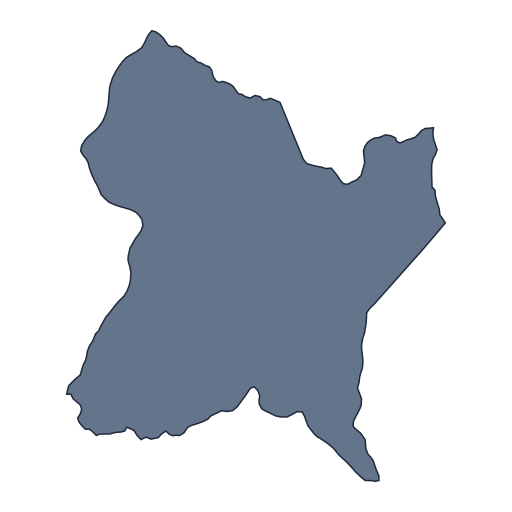 the district of Mirabela, Minas Gerais, Brazil
{"feature_id": "56859067B89998695368113", "entity_name": "Mirabela", "entity_type": "district", "adm_level": 2, "iso_a3": "BRA", "parent_name": "Brazil", "parent_adm1": "Minas Gerais", "projection": "natural_earth1", "projection_center": [-44.162, -16.258], "detail": "fine", "context": "isolated", "style": "filled", "palette": "slate", "viewbox_px": 512, "rotation_deg": 0, "n_neighbors": 0, "source": "geoboundaries", "source_scale": "gbopen_adm2", "svg_char_len": 3734}
<svg xmlns="http://www.w3.org/2000/svg" viewBox="0 0 512 512"><path d="M66.7,394.3L70.8,394.1L73.2,398.8L77.3,402.4L80.4,405.1L81.7,409.2L80.2,414.1L77.7,417.9L78.8,421.7L81.5,425.3L85.3,429.2L89.3,429.1L92.7,431.8L96.3,435.5L99.7,434.1L103.8,434.0L109.7,434.0L116.0,432.3L120.8,432.1L124.9,430.9L126.5,427.3L130.7,428.8L134.3,430.9L137.0,435.3L141.0,439.6L146.0,437.1L151.0,439.1L154.9,438.3L158.4,437.5L161.4,434.1L165.9,431.0L169.3,434.3L172.7,435.7L176.0,435.3L179.6,435.5L184.0,432.8L187.7,427.3L191.4,425.4L195.9,424.1L202.2,421.9L207.8,419.2L210.5,416.2L213.6,414.5L217.4,412.8L221.6,410.7L226.8,411.5L232.5,410.7L236.9,407.1L240.1,402.9L242.7,399.2L245.2,396.0L248.1,391.6L250.6,388.1L254.3,386.9L257.9,390.7L259.7,395.8L259.0,400.3L259.4,404.5L261.9,409.0L266.0,411.3L269.5,412.8L272.7,414.5L276.0,416.0L281.1,417.0L287.2,416.9L292.4,414.3L297.0,411.7L302.2,412.0L304.6,416.4L306.2,421.1L308.2,426.1L311.6,430.6L314.2,433.8L317.3,436.8L320.6,438.7L323.5,440.6L326.9,442.9L330.6,445.8L333.5,448.3L336.2,451.6L338.9,454.9L342.5,458.3L346.3,461.7L349.0,464.6L352.1,467.9L355.0,471.3L358.2,474.4L361.3,477.4L365.2,480.5L371.5,480.6L375.2,481.3L379.0,480.5L378.8,475.7L376.6,470.6L374.9,465.9L373.4,461.1L371.1,457.6L368.0,454.2L365.8,448.5L365.2,439.8L360.9,433.4L356.3,429.6L353.3,426.6L353.2,422.2L354.8,418.5L356.9,414.5L359.0,410.5L361.1,405.8L361.5,398.8L359.8,394.1L357.5,388.0L359.1,382.2L359.7,376.9L360.7,372.9L362.1,369.1L362.8,364.4L362.8,359.2L362.2,353.7L361.6,348.9L361.6,344.4L362.8,338.0L364.7,332.5L365.2,328.6L366.2,322.5L366.7,312.7L369.6,308.5L374.1,304.2L423.4,248.8L445.3,223.0L442.9,219.1L439.9,215.0L439.2,209.0L437.0,201.8L435.4,196.1L435.1,190.6L432.0,186.8L431.8,179.3L431.6,172.0L431.7,164.8L433.0,158.7L435.5,154.4L437.1,149.8L435.4,144.6L433.7,139.5L432.8,133.4L433.5,127.7L429.5,128.2L425.1,128.5L421.1,130.9L418.7,133.8L415.1,137.3L410.9,138.8L407.1,139.8L403.7,141.4L400.2,142.9L397.0,141.7L395.3,137.8L390.8,135.7L385.7,134.9L382.2,136.2L378.6,137.6L374.5,138.0L370.3,140.2L367.0,143.1L364.9,146.5L363.5,150.6L363.8,154.9L364.4,158.9L364.6,162.9L363.1,168.6L361.1,175.4L356.9,179.7L351.6,182.1L347.8,184.2L343.6,183.8L340.3,180.3L338.2,176.9L335.1,172.7L331.2,168.1L326.1,168.6L321.7,167.2L316.9,166.3L312.3,165.3L306.7,163.5L303.3,159.3L280.0,102.4L275.2,100.3L270.4,98.3L266.8,99.6L263.3,100.0L259.9,96.6L255.0,95.5L250.1,98.1L245.2,96.6L242.2,94.5L238.2,93.6L235.7,90.1L233.2,86.4L230.4,84.3L226.5,82.6L222.4,81.4L218.9,82.6L215.6,80.5L213.1,76.3L211.8,70.5L209.3,66.7L205.5,65.6L201.3,63.1L196.9,61.8L194.3,58.6L190.2,56.1L184.8,52.8L180.7,48.0L176.0,46.0L171.6,46.7L168.4,45.4L166.0,42.2L163.5,38.3L160.1,34.9L156.1,32.0L151.9,30.7L148.8,34.2L146.8,37.8L144.7,42.6L141.5,47.9L136.4,51.6L131.0,54.6L126.1,57.7L122.6,61.5L119.7,65.4L116.0,71.1L112.5,77.9L110.7,83.3L109.6,87.9L109.1,93.5L108.6,100.3L108.0,105.8L106.7,111.0L104.8,116.7L102.6,121.5L100.3,124.7L97.5,128.3L94.2,131.5L90.8,134.2L87.5,137.2L84.5,140.8L81.6,145.9L80.6,151.0L83.4,155.7L86.0,158.6L88.0,162.3L89.4,167.8L91.0,172.5L92.8,176.7L94.4,180.3L96.8,184.6L99.2,189.7L101.0,194.3L105.1,198.8L109.3,202.4L112.7,203.9L115.8,205.2L119.0,206.3L125.4,208.1L130.7,209.7L135.7,212.2L138.9,215.2L141.9,219.4L142.9,225.4L141.1,230.7L138.4,234.7L135.7,238.2L132.6,243.5L130.1,248.0L129.0,252.4L128.1,256.6L128.1,260.5L129.7,266.4L130.9,272.3L130.7,276.2L130.3,281.2L129.2,285.7L126.9,291.4L124.3,295.7L121.4,298.7L118.3,301.7L115.6,304.8L112.7,308.7L109.3,313.0L105.9,317.0L103.7,321.0L100.7,326.3L98.6,331.0L95.7,333.7L94.0,337.8L92.5,341.4L89.5,345.8L87.4,351.2L86.7,355.8L85.6,360.1L83.3,364.8L81.8,369.7L80.2,375.0L76.4,378.1L72.1,382.2L68.8,385.6L67.7,389.4L66.7,394.3Z" fill="#64748b" stroke="#1e293b" stroke-width="1.5"/></svg>